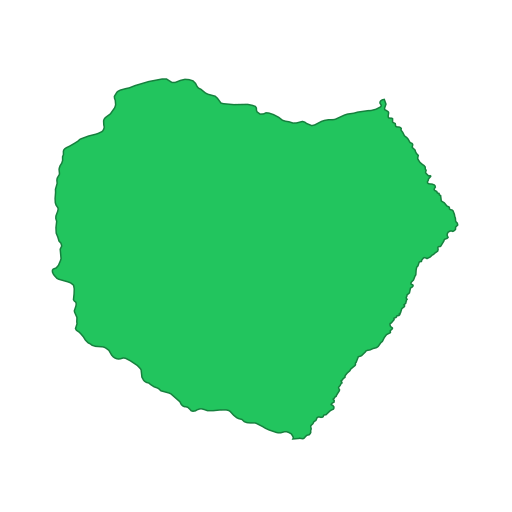 the district of Los Santos, Santander, Colombia, rotated 83°
{"feature_id": "7082276B92176503195473", "entity_name": "Los Santos", "entity_type": "district", "adm_level": 2, "iso_a3": "COL", "parent_name": "Colombia", "parent_adm1": "Santander", "projection": "natural_earth1", "projection_center": [-73.071, 6.818], "detail": "fine", "context": "isolated", "style": "filled", "palette": "green", "viewbox_px": 512, "rotation_deg": 83, "n_neighbors": 0, "source": "geoboundaries", "source_scale": "gbopen_adm2", "svg_char_len": 6028}
<svg xmlns="http://www.w3.org/2000/svg" viewBox="0 0 512 512"><g transform="rotate(83 256 256)"><path d="M442.1,241.7L442.3,235.4L442.1,234.8L442.3,234.7L443.1,231.7L442.7,230.5L441.1,228.7L440.1,227.2L439.9,225.0L438.7,223.7L437.6,223.1L436.2,223.1L434.3,222.3L432.3,222.5L431.1,222.3L429.4,220.0L427.5,218.7L426.5,216.6L423.8,215.0L423.3,213.3L424.1,211.2L424.0,209.5L423.6,208.9L422.3,208.2L422.0,207.1L422.1,205.9L418.9,201.6L418.1,200.0L417.4,197.8L416.4,197.2L415.2,197.1L413.7,198.0L412.8,199.4L412.4,199.5L411.2,198.1L410.6,196.4L409.1,196.0L408.5,196.2L407.9,196.8L407.4,196.8L406.6,195.6L405.5,194.7L405.1,193.6L403.8,192.9L399.9,189.7L398.9,189.4L397.7,190.0L396.7,190.1L395.9,189.6L394.9,188.4L392.6,186.8L392.4,186.1L391.4,186.3L390.4,186.8L389.3,185.1L388.3,184.4L387.3,182.5L386.1,182.3L385.2,181.7L383.2,179.6L381.3,176.8L379.9,175.9L376.7,171.0L376.0,170.5L375.5,170.6L374.1,170.2L373.8,169.6L368.4,166.7L368.2,164.9L367.8,163.4L364.5,159.1L363.7,158.5L363.2,156.9L363.1,154.3L362.1,151.1L361.7,147.9L361.1,146.5L360.6,145.7L357.2,142.6L356.2,141.0L352.6,138.6L350.2,136.3L349.8,135.7L348.5,132.1L348.0,131.8L346.8,132.0L346.5,131.8L344.9,129.6L344.5,129.4L344.0,129.4L342.6,130.9L341.9,131.2L340.4,131.4L339.3,131.1L339.0,129.9L336.0,126.7L334.8,126.7L334.4,126.4L334.1,124.6L333.6,124.0L332.8,123.7L332.5,123.1L332.5,121.5L331.9,120.6L331.2,120.2L330.9,120.7L330.0,119.5L326.0,117.7L324.4,115.0L324.0,114.7L323.4,114.6L322.5,115.1L321.3,113.3L320.7,112.9L319.7,112.8L318.9,112.2L318.1,112.2L317.4,111.3L316.1,112.0L315.5,112.0L314.3,111.2L313.1,110.9L311.3,108.2L306.7,106.6L305.8,104.7L304.9,103.8L304.2,103.7L303.7,104.0L302.8,105.5L301.6,105.5L300.8,104.9L299.0,102.6L295.4,100.7L294.2,99.7L289.5,98.8L287.3,98.1L286.4,97.6L285.6,96.5L282.0,94.8L281.7,94.3L281.6,92.5L280.1,91.9L278.3,89.9L278.1,89.3L278.6,87.7L279.4,86.6L278.2,83.2L276.4,80.8L276.1,79.6L275.1,78.4L273.3,75.1L271.9,74.5L269.8,74.5L269.2,74.1L268.9,73.5L269.1,72.2L268.7,71.4L264.0,67.7L262.8,67.2L262.3,66.4L261.8,64.2L261.0,63.1L258.6,63.8L257.2,63.4L255.8,62.4L254.9,60.3L255.0,58.8L255.5,58.0L255.5,57.4L254.8,55.8L253.8,54.7L251.7,54.4L249.8,52.0L247.9,52.2L246.8,53.1L245.7,53.6L242.7,53.5L241.1,53.9L238.9,54.0L235.3,54.9L234.4,55.6L233.6,57.5L232.9,58.2L231.4,58.2L230.8,58.5L229.7,60.4L226.2,62.6L224.1,65.2L223.6,65.4L218.5,65.4L217.6,66.6L216.2,66.7L215.7,68.0L215.2,68.5L214.0,68.7L212.8,70.5L211.9,71.1L210.9,70.8L209.5,69.6L208.0,69.8L207.2,70.4L206.1,72.5L205.5,75.4L205.1,76.1L204.4,76.8L203.2,76.8L202.0,75.9L200.4,75.3L198.7,73.3L198.3,72.9L197.9,72.9L197.5,73.4L197.6,74.6L197.0,75.4L194.5,77.3L193.6,77.5L191.6,76.7L190.3,77.4L188.3,77.2L186.7,78.2L185.4,79.7L183.0,81.9L179.4,83.6L178.2,83.5L175.9,82.7L173.9,84.2L172.2,84.9L170.1,85.3L167.4,87.6L167.0,87.7L164.8,86.9L164.0,87.0L163.3,87.4L162.1,89.3L158.3,90.9L156.6,92.1L155.6,93.3L154.6,94.1L151.2,95.3L149.1,96.5L148.5,96.7L147.2,96.3L146.3,96.8L145.5,98.1L145.0,100.5L144.4,101.5L141.5,101.7L140.1,103.8L139.6,104.1L136.4,103.7L135.8,104.4L135.4,106.9L134.7,107.7L133.3,107.8L130.1,106.9L129.1,107.1L127.6,108.7L126.5,110.3L125.9,110.5L124.8,110.3L121.1,108.5L116.2,109.6L116.4,111.7L117.3,113.4L118.4,114.2L119.4,114.3L121.6,113.3L122.8,113.8L123.4,114.7L125.0,119.1L125.6,123.7L125.6,125.2L125.4,127.0L125.6,137.6L126.2,141.4L126.3,147.9L126.9,151.0L130.0,160.7L130.1,163.0L129.6,167.4L129.8,171.6L130.4,174.6L133.1,181.8L133.4,184.8L130.6,189.7L129.1,191.3L128.1,193.5L128.9,199.5L128.6,203.0L126.8,206.9L125.8,210.4L124.5,213.2L121.1,216.6L117.8,221.4L115.7,225.8L115.1,228.6L115.9,231.1L115.7,234.6L113.1,237.4L111.4,237.8L109.2,237.6L107.5,238.4L106.1,241.1L104.5,245.8L103.1,259.5L100.9,269.7L100.0,272.1L94.7,275.1L92.4,277.1L89.6,284.0L88.1,286.3L83.8,290.4L82.3,292.7L80.4,293.9L77.3,295.0L74.5,297.2L72.8,301.0L72.0,305.0L72.5,309.5L73.9,315.0L73.5,318.3L69.4,323.3L68.9,327.7L69.8,341.3L72.1,355.1L73.7,361.3L74.0,364.9L74.8,370.4L75.7,372.9L76.5,374.1L80.3,377.1L82.1,377.2L84.4,376.7L88.8,376.9L90.3,377.5L91.8,378.3L97.2,383.2L99.9,388.0L100.9,389.4L102.0,390.2L103.3,390.8L107.2,391.1L109.6,390.9L111.4,391.6L113.0,392.7L113.8,393.8L115.1,397.7L115.6,400.1L116.5,407.5L118.4,415.5L118.9,416.8L120.3,418.7L122.1,422.5L124.3,427.7L125.4,431.0L126.2,432.6L127.3,433.8L128.5,434.4L132.0,434.8L133.9,435.9L137.6,436.3L140.2,437.5L142.5,439.4L144.7,440.5L146.0,440.9L149.9,441.0L151.1,441.2L154.2,443.6L155.3,444.1L156.7,444.4L159.7,444.5L165.3,446.9L168.5,447.2L174.5,448.4L178.7,448.7L181.2,448.2L184.1,446.7L185.5,446.7L187.5,447.4L191.7,449.6L192.9,449.9L194.5,450.1L197.3,449.6L203.5,451.1L207.6,451.4L209.0,451.5L213.0,450.4L217.2,449.7L219.6,448.0L222.4,447.6L225.4,449.5L234.9,449.8L236.7,450.6L241.2,453.2L243.5,455.8L244.3,458.9L245.3,459.8L247.0,460.0L249.1,459.4L250.7,458.6L253.9,456.3L255.0,454.7L258.8,445.7L260.0,443.4L262.2,441.1L263.1,440.6L266.4,440.4L271.5,441.2L277.1,442.5L278.7,441.7L279.7,440.6L280.8,440.3L282.2,440.4L283.6,440.8L288.3,443.0L289.6,442.9L295.2,441.2L299.6,441.9L301.5,441.9L306.0,444.0L307.8,443.3L310.1,440.7L312.1,439.2L315.3,437.1L318.6,435.6L320.7,434.0L321.8,433.1L323.0,431.2L324.6,429.6L326.1,426.3L327.5,419.1L328.2,417.5L329.3,416.0L331.7,413.5L336.7,411.4L338.7,410.0L340.1,408.4L341.0,406.7L341.5,405.0L341.5,403.1L341.0,400.1L341.6,398.0L344.6,393.6L350.1,387.2L353.7,384.5L355.0,383.9L362.3,384.0L365.4,382.8L366.7,381.9L368.1,380.2L369.0,377.9L370.7,376.3L373.4,373.1L375.0,369.9L376.0,368.6L378.2,366.8L381.4,359.0L382.5,357.2L391.4,349.3L394.4,348.2L396.0,346.8L396.8,345.5L397.1,343.9L397.9,342.1L400.3,340.1L401.7,339.2L402.4,337.5L402.3,335.0L401.5,333.3L400.9,330.4L401.1,328.5L402.1,326.0L403.6,323.0L404.3,317.4L404.4,311.0L405.1,304.4L406.0,302.0L407.0,300.7L411.3,297.6L414.1,294.9L415.3,293.0L416.5,289.9L419.0,287.8L420.3,285.2L420.9,282.4L421.6,277.2L422.2,276.0L426.1,270.2L428.1,267.7L430.2,264.3L433.6,257.3L434.2,255.5L434.5,253.1L433.9,249.2L434.1,247.1L435.2,244.9L436.9,242.6L439.8,241.3L441.2,241.1L442.1,241.7Z" fill="#22c55e" stroke="#15803d" stroke-width="1.5"/></g></svg>